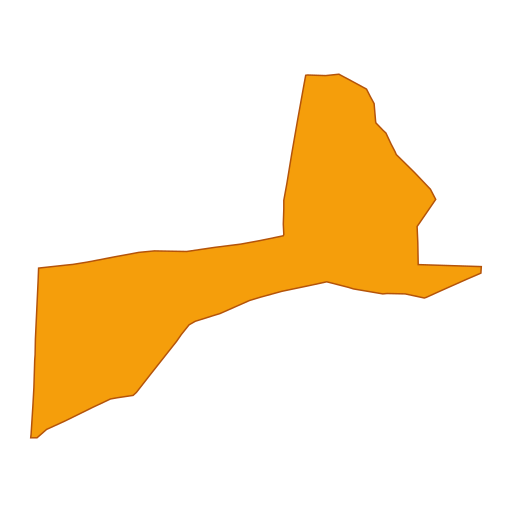 the district of Bayangol, Ulaanbaatar, Mongolia
{"feature_id": "93677404B56181077288727", "entity_name": "Bayangol", "entity_type": "district", "adm_level": 2, "iso_a3": "MNG", "parent_name": "Mongolia", "parent_adm1": "Ulaanbaatar", "projection": "albers", "projection_center": [106.848, 47.91], "detail": "fine", "context": "isolated", "style": "filled", "palette": "amber", "viewbox_px": 512, "rotation_deg": 0, "n_neighbors": 0, "source": "geoboundaries", "source_scale": "gbopen_adm2", "svg_char_len": 1173}
<svg xmlns="http://www.w3.org/2000/svg" viewBox="0 0 512 512"><path d="M417.1,226.5L427.9,210.8L435.7,199.4L430.4,189.2L428.0,186.7L414.5,172.5L396.3,154.6L395.0,151.6L391.0,143.9L385.9,133.0L383.1,130.4L375.9,122.9L375.6,121.3L374.1,103.6L370.3,96.6L366.5,89.1L351.0,80.7L339.6,74.6L339.0,74.2L325.6,75.6L307.4,75.0L305.7,75.3L303.7,86.2L297.7,119.5L291.8,153.4L286.9,183.4L283.8,200.4L283.8,209.0L283.3,224.1L283.8,234.5L283.2,235.8L259.9,240.6L240.8,244.1L214.5,247.4L186.7,251.5L154.4,250.9L138.7,252.4L129.7,254.1L115.3,256.7L87.2,262.1L73.0,264.4L67.0,265.0L41.1,267.8L38.6,268.1L38.1,281.1L36.9,307.0L35.4,339.2L35.1,354.7L34.7,360.5L33.9,387.5L32.9,405.6L31.1,434.1L30.7,437.8L37.0,437.8L46.6,429.4L65.2,420.9L92.6,407.4L108.1,400.1L110.4,399.0L117.0,397.8L133.1,395.4L136.4,392.4L151.3,373.3L176.6,341.3L181.4,334.4L189.1,324.8L195.2,321.3L213.0,315.7L219.9,313.6L249.5,300.5L260.4,297.2L281.9,291.3L307.8,285.9L326.7,281.8L348.6,287.4L353.4,288.9L368.7,291.5L382.8,293.9L387.1,293.5L405.2,293.9L424.3,298.0L426.2,297.4L441.2,290.6L466.6,279.3L480.9,273.1L481.3,266.6L418.2,264.6L417.8,242.6L417.1,226.5Z" fill="#f59e0b" stroke="#b45309" stroke-width="1.5"/></svg>